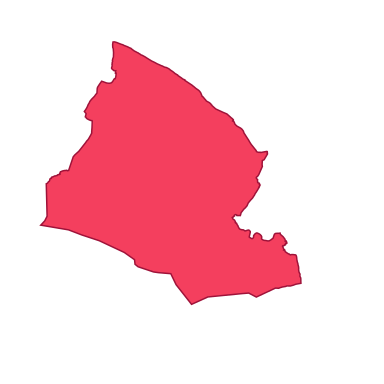 outline of Lardal nor, Vestfold, Norway, rotated 297°
{"feature_id": "86288312B65045037066100", "entity_name": "Lardal nor", "entity_type": "district", "adm_level": 2, "iso_a3": "NOR", "parent_name": "Norway", "parent_adm1": "Vestfold", "projection": "mercator", "projection_center": [9.915, 59.364], "detail": "fine", "context": "isolated", "style": "filled", "palette": "rose", "viewbox_px": 384, "rotation_deg": 297, "n_neighbors": 0, "source": "geoboundaries", "source_scale": "gbopen_adm2", "svg_char_len": 5794}
<svg xmlns="http://www.w3.org/2000/svg" viewBox="0 0 384 384"><g transform="rotate(297 192 192)"><path d="M260.1,242.0L260.8,241.6L260.7,241.4L262.1,240.8L262.2,240.7L262.0,240.0L261.6,239.5L258.7,235.7L258.4,235.4L258.5,235.0L257.8,233.7L257.6,233.4L257.4,232.6L257.3,232.1L257.3,231.1L258.0,230.4L261.3,223.1L262.9,220.4L263.8,219.1L265.4,216.3L268.2,211.5L269.6,210.1L270.6,208.1L271.0,206.4L271.1,202.3L271.6,200.5L272.0,199.4L272.9,198.4L273.3,198.1L273.6,197.4L273.9,197.1L274.0,196.8L273.7,196.2L273.7,195.9L274.3,195.9L274.8,196.2L275.2,196.0L275.3,195.7L275.3,195.3L275.6,194.9L276.0,192.9L276.4,191.5L276.8,189.9L277.4,187.7L277.1,183.8L276.8,176.1L276.8,175.4L277.0,174.6L278.1,170.5L278.5,170.1L278.5,169.4L279.1,168.7L279.5,166.9L279.6,163.5L280.2,162.4L280.9,160.5L281.5,159.3L281.8,158.4L281.8,157.7L284.5,154.5L285.4,152.6L285.8,150.9L285.8,150.5L286.1,148.3L286.9,145.1L286.9,144.5L287.3,143.1L287.3,142.6L288.2,134.8L288.6,134.8L288.6,133.5L288.5,132.8L288.5,132.4L288.6,131.8L288.8,131.2L289.4,126.5L289.8,126.0L289.7,125.1L289.9,123.9L289.8,123.4L290.2,121.9L290.6,120.0L290.9,117.1L291.0,117.0L291.3,115.5L291.3,115.1L291.3,112.8L291.1,111.8L290.8,111.3L290.8,110.7L290.8,109.3L290.8,108.3L290.6,106.9L290.6,106.0L290.5,104.4L290.4,102.8L290.5,99.8L290.4,96.4L290.6,94.5L290.6,93.9L290.8,91.9L290.9,90.5L291.1,89.1L291.2,85.4L291.0,84.6L291.3,82.9L291.3,81.9L291.5,81.0L291.4,79.9L291.5,77.7L291.4,77.2L291.5,76.3L291.9,74.0L292.1,73.0L292.3,72.4L292.1,70.4L292.2,69.5L292.1,69.1L292.1,68.6L292.1,68.0L292.0,67.4L291.8,65.4L291.7,65.0L291.8,64.2L291.8,63.5L291.8,63.3L291.6,62.7L291.4,61.1L291.0,56.8L290.8,56.1L290.8,55.7L290.7,55.3L290.5,54.6L289.8,53.5L287.4,54.3L284.9,55.7L283.8,56.9L283.2,57.2L280.6,58.8L276.6,60.7L274.9,60.9L273.2,61.3L272.7,61.6L272.5,61.9L270.8,62.2L270.4,62.4L270.0,62.8L269.5,62.7L268.5,63.4L267.6,63.8L266.7,63.8L265.7,64.2L265.4,64.6L265.0,65.9L264.9,66.7L264.7,67.0L264.7,67.5L264.9,67.7L265.0,68.4L265.4,69.0L264.6,69.2L263.1,69.8L263.4,70.5L262.1,71.0L260.7,71.6L258.5,72.1L258.0,72.1L257.9,71.9L257.7,71.5L257.2,71.3L255.0,71.2L253.5,70.9L252.9,70.7L252.3,70.2L251.6,69.4L251.0,68.2L250.4,66.5L250.3,65.9L250.2,64.9L249.7,61.2L245.7,60.6L242.4,60.3L241.1,60.6L237.0,62.4L234.8,61.9L233.1,61.7L229.0,60.4L226.6,59.9L225.3,59.9L224.6,60.0L222.8,59.8L220.7,60.0L218.8,60.0L216.6,59.8L214.9,59.5L213.8,62.0L213.4,62.2L210.5,62.8L210.4,63.7L209.9,64.3L209.6,65.4L209.6,66.8L209.6,67.5L209.6,68.0L209.8,69.0L209.8,69.7L210.2,70.4L210.0,70.8L209.7,71.0L204.1,73.6L199.6,75.5L199.1,75.9L196.2,75.9L192.3,75.7L191.1,75.5L189.5,75.0L187.7,74.8L176.6,72.6L175.7,72.2L171.7,70.7L169.4,70.2L155.2,72.3L154.4,71.4L154.4,71.2L154.5,70.8L154.4,70.3L153.9,69.9L153.8,69.5L153.0,68.3L151.7,66.8L150.8,66.2L150.3,65.6L150.2,65.6L149.4,65.8L148.6,65.6L148.4,65.7L148.2,66.0L148.1,66.3L147.7,66.3L147.5,66.1L147.2,65.6L146.5,64.7L146.3,64.5L145.5,64.4L145.4,64.3L145.1,63.7L144.5,63.3L143.9,62.3L143.4,61.9L142.8,61.6L141.6,60.3L141.2,60.3L140.9,60.5L140.2,60.4L140.1,59.9L139.0,59.5L138.2,59.8L136.9,60.0L135.9,59.4L135.1,59.4L134.0,59.1L133.2,58.4L104.6,73.9L99.4,73.9L93.8,72.3L102.2,99.1L103.7,113.3L106.5,131.5L107.4,159.1L105.6,171.5L101.7,174.1L100.9,177.9L103.3,194.0L104.9,198.7L109.6,210.2L102.2,219.9L91.7,242.6L105.7,253.8L123.8,282.1L127.7,288.4L127.6,297.0L144.3,310.0L145.6,313.0L146.6,313.8L148.5,315.8L150.4,318.4L151.2,319.0L151.5,319.4L152.9,322.3L155.1,324.7L157.0,326.4L160.1,330.5L162.6,329.1L162.9,329.0L164.8,327.9L166.0,326.3L167.5,325.7L168.0,325.4L168.7,324.3L169.7,323.3L171.5,322.1L172.5,321.7L173.9,320.8L175.4,319.4L176.2,318.9L177.5,317.6L179.4,316.1L181.3,314.9L182.2,314.2L182.7,313.6L183.0,313.1L183.0,312.9L182.2,310.6L181.6,309.3L180.6,308.1L180.9,306.9L180.7,306.4L180.7,305.6L180.8,305.0L180.9,303.8L181.1,302.9L181.1,302.5L181.1,302.3L182.5,300.8L181.9,300.4L181.9,300.0L182.4,300.1L184.6,297.5L184.8,297.8L185.2,297.8L185.5,297.5L185.9,298.2L187.0,299.0L187.4,299.2L187.8,299.2L187.6,298.7L188.4,298.9L188.9,298.7L189.0,298.9L189.1,299.4L189.1,299.5L189.5,299.8L189.7,299.7L189.8,299.4L190.5,299.0L190.7,298.5L191.1,298.2L190.7,297.6L190.9,297.6L190.9,297.3L192.2,296.2L193.5,293.5L194.4,290.0L195.4,289.1L194.8,288.4L193.9,286.7L193.2,285.5L192.7,285.0L191.7,284.6L190.2,284.8L189.0,285.0L187.8,285.2L185.1,284.0L183.7,283.1L182.9,282.0L182.2,279.6L181.7,278.4L181.5,277.5L181.6,276.3L181.6,275.7L181.8,275.4L182.2,275.1L183.5,274.6L183.9,274.3L184.5,273.5L185.0,272.1L185.2,270.7L185.1,269.0L185.0,268.5L184.7,268.0L183.5,267.2L181.2,266.7L179.6,267.4L178.7,267.3L178.2,267.1L177.8,266.8L177.6,266.3L177.6,266.0L177.7,263.7L177.9,263.4L182.6,262.2L183.3,261.8L183.5,261.3L183.9,260.1L183.7,259.5L182.8,258.4L182.1,257.8L181.4,256.9L181.6,255.0L180.9,253.2L180.7,251.9L180.7,251.0L182.0,249.0L182.9,248.1L183.5,246.8L184.3,246.1L184.4,245.9L184.5,245.7L184.4,245.3L184.2,245.0L184.3,244.6L184.5,244.4L184.8,244.4L185.1,244.3L186.3,242.6L186.4,241.3L186.6,240.7L186.9,240.2L187.6,239.4L187.8,239.5L188.5,240.2L189.1,240.2L189.8,240.7L190.2,240.3L190.5,240.3L191.1,240.6L191.7,241.1L191.8,241.7L191.8,242.0L191.6,242.0L191.5,242.3L191.4,242.7L191.7,242.9L191.7,243.3L191.8,243.7L192.6,244.8L192.7,245.3L192.7,245.6L192.8,245.7L193.5,245.7L195.6,245.2L196.1,245.2L200.3,246.0L202.1,246.7L204.7,247.3L207.5,247.1L207.8,247.1L211.4,247.9L213.7,248.6L214.7,248.8L215.5,248.8L217.7,249.1L219.3,249.0L221.1,249.3L226.7,249.7L226.8,249.5L226.8,249.4L228.0,249.6L229.0,249.5L228.9,249.3L228.8,249.1L229.3,248.5L230.0,248.4L230.3,248.0L230.4,247.8L230.3,247.4L230.2,246.6L230.3,246.2L231.0,245.9L231.5,245.3L232.8,244.9L233.0,244.1L233.7,242.8L234.6,242.7L235.0,242.9L235.5,243.3L237.8,243.6L246.7,243.1L247.8,242.3L248.7,241.8L252.0,240.4L253.5,241.6L260.1,242.0Z" fill="#f43f5e" stroke="#9f1239" stroke-width="1.5"/></g></svg>